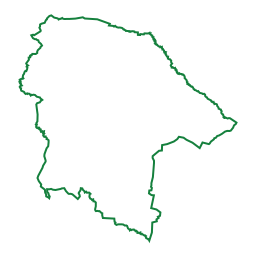 outline of Phanat Nikhom, Chon Buri, Thailand
{"feature_id": "78962969B17993818596580", "entity_name": "Phanat Nikhom", "entity_type": "district", "adm_level": 2, "iso_a3": "THA", "parent_name": "Thailand", "parent_adm1": "Chon Buri", "projection": "orthographic", "projection_center": [101.233, 13.452], "detail": "fine", "context": "isolated", "style": "outline", "palette": "green", "viewbox_px": 256, "rotation_deg": 0, "n_neighbors": 0, "source": "geoboundaries", "source_scale": "gbopen_adm2", "svg_char_len": 5664}
<svg xmlns="http://www.w3.org/2000/svg" viewBox="0 0 256 256"><path d="M149.3,240.6L151.9,232.5L152.3,222.5L156.8,221.3L156.5,219.4L158.6,217.9L157.9,216.8L160.0,215.8L160.4,212.4L156.5,209.5L151.2,208.1L153.9,195.3L151.5,195.1L149.0,193.4L149.3,190.5L151.4,190.3L151.9,187.9L151.0,186.8L151.4,185.4L151.4,183.2L152.9,177.1L154.0,163.0L154.0,160.7L152.6,157.9L152.7,156.1L159.0,150.8L161.9,150.5L162.1,145.1L167.2,144.1L173.9,141.5L177.3,139.1L178.9,136.8L183.6,137.7L186.5,139.8L192.5,142.7L199.7,148.1L202.5,142.5L208.9,144.1L209.7,143.5L210.9,141.6L213.9,139.3L214.3,138.2L215.8,137.8L217.2,136.0L219.0,135.5L222.0,133.8L225.0,131.6L227.2,130.9L229.5,131.0L230.8,130.6L233.1,127.7L234.0,125.4L235.9,123.9L236.5,122.6L229.9,118.2L228.9,118.1L227.6,118.5L225.5,117.5L224.9,118.0L224.3,118.0L223.8,117.5L224.2,117.3L224.3,116.8L223.5,116.2L223.1,114.5L222.6,114.5L221.4,113.1L221.3,112.2L221.7,111.2L220.9,110.2L220.9,109.6L218.6,108.7L218.5,107.5L217.2,106.0L217.1,105.0L216.7,104.2L214.9,103.7L214.4,104.0L213.7,102.2L213.3,102.6L212.3,101.8L211.7,101.8L211.5,101.0L211.1,100.9L211.0,100.4L207.6,98.7L207.0,97.4L206.5,97.3L205.3,96.3L205.1,94.6L204.6,94.5L204.1,93.8L202.8,94.0L202.0,93.4L199.7,92.9L198.2,91.1L197.5,91.4L195.9,90.3L194.6,90.0L194.4,89.3L193.5,88.9L193.1,87.7L192.4,86.7L191.5,86.8L191.3,86.3L190.4,86.1L190.0,85.2L189.5,85.3L188.9,85.0L189.0,84.6L188.7,84.0L187.9,84.2L187.3,84.0L187.5,82.3L186.9,82.2L186.7,80.3L184.6,78.0L184.8,77.1L184.2,75.5L183.5,75.2L183.4,74.7L182.9,74.4L182.1,74.6L181.7,74.0L180.1,73.9L179.2,73.1L178.6,73.2L178.6,73.9L177.7,73.6L176.9,72.5L177.1,71.9L176.5,71.5L176.7,70.3L175.6,70.0L175.8,69.1L175.4,68.9L175.1,68.0L174.5,68.4L172.7,67.2L172.4,67.4L172.5,67.7L171.8,67.6L171.9,67.0L171.3,66.6L170.7,65.3L172.1,63.5L171.5,62.9L171.1,62.0L171.2,60.6L170.0,59.3L169.5,59.4L167.9,58.6L168.1,56.7L167.1,56.7L166.3,55.4L166.3,55.0L165.7,54.6L165.3,53.6L165.7,53.6L165.9,53.1L165.6,52.6L165.0,52.5L165.5,52.0L164.1,51.6L164.0,50.5L163.1,49.5L162.4,49.5L162.4,49.1L162.9,49.2L162.9,48.9L162.0,48.3L161.9,46.9L161.2,47.2L160.7,46.8L160.3,47.1L160.1,46.5L159.3,46.7L157.8,45.7L157.2,44.7L156.7,44.8L156.2,44.2L155.6,44.3L155.1,43.6L155.7,43.5L155.8,43.0L155.3,42.4L155.0,41.4L155.6,41.0L155.4,40.6L154.6,40.7L154.9,39.7L154.4,39.1L153.9,39.9L153.5,39.6L153.2,38.2L153.4,37.1L152.4,37.0L152.3,35.5L152.1,35.4L152.0,35.8L151.4,35.5L150.9,34.5L150.1,34.2L149.8,33.7L150.1,33.3L149.7,33.3L149.6,32.8L148.2,33.5L144.4,33.4L143.9,34.4L140.3,34.1L140.1,35.0L137.9,34.9L137.9,32.4L134.6,32.2L134.4,31.5L132.8,31.2L130.6,31.4L130.5,31.8L129.9,31.8L129.3,31.7L129.3,31.1L125.8,30.9L125.6,30.3L124.2,29.8L124.1,29.4L123.3,29.3L122.6,28.3L121.9,27.9L119.8,27.5L118.3,27.6L116.6,27.1L115.3,26.0L115.1,26.3L114.2,26.1L113.9,26.5L113.0,25.9L109.0,25.5L109.8,23.8L97.3,19.3L84.8,18.5L82.8,17.3L75.4,18.6L70.1,18.9L64.1,19.0L62.6,18.5L62.2,18.0L60.7,18.9L60.2,18.7L58.6,19.5L58.1,18.7L57.3,18.3L54.2,17.6L51.3,15.4L49.4,16.0L46.9,18.5L46.9,19.4L45.9,20.1L44.7,22.8L41.5,23.7L40.1,24.5L40.0,26.6L39.4,27.7L40.7,30.4L40.5,31.3L34.2,35.2L33.1,34.7L31.3,35.3L33.0,38.2L34.9,39.2L36.2,39.2L36.9,39.9L38.3,40.3L38.8,42.0L41.0,43.9L42.0,45.6L40.5,47.0L40.4,47.8L37.8,50.2L37.2,51.6L37.2,53.0L35.7,54.0L32.3,53.9L31.7,55.2L30.6,55.2L30.0,55.8L30.0,56.4L30.4,56.8L30.2,57.3L28.7,57.6L28.9,59.7L26.2,63.4L26.8,64.6L27.9,65.4L27.1,65.8L26.6,66.7L27.4,67.3L27.1,69.2L26.3,71.1L25.4,70.9L24.5,72.1L24.0,73.9L23.1,75.1L22.7,77.3L23.4,78.4L22.8,78.8L21.3,78.9L20.0,79.5L19.6,79.9L20.6,81.1L19.5,81.9L20.9,83.1L20.9,83.4L20.3,83.7L21.8,85.5L20.2,86.1L19.7,86.9L20.3,88.0L21.1,88.3L20.9,89.6L21.3,90.7L23.9,91.8L24.5,92.5L24.6,93.1L25.7,94.0L27.1,93.4L27.5,93.9L27.9,93.6L29.5,93.8L30.7,95.5L31.3,94.8L31.8,95.1L33.5,94.7L35.0,95.0L36.8,96.7L40.0,97.5L40.7,98.9L41.4,99.1L42.3,99.9L40.7,101.0L39.9,102.3L37.1,103.2L36.3,104.5L37.6,114.5L37.4,121.4L36.3,123.2L36.8,124.2L35.9,124.7L36.7,126.1L36.1,126.9L36.7,127.8L37.7,128.2L38.6,128.3L38.8,127.6L39.1,127.6L39.6,128.4L39.4,129.2L40.7,129.5L40.4,130.5L40.7,131.0L41.5,131.2L41.3,131.9L42.1,131.9L42.5,131.3L43.0,131.6L44.0,131.3L43.8,132.8L43.4,133.2L44.2,133.6L43.7,134.3L43.3,134.3L43.7,135.6L43.4,135.8L44.3,136.9L45.6,136.5L45.7,137.0L46.8,138.1L46.6,139.1L47.5,139.3L48.6,140.3L48.6,142.2L48.2,146.2L46.6,148.3L44.5,154.1L44.3,156.2L45.6,160.4L45.6,161.6L43.1,165.7L42.5,167.8L38.3,175.7L37.5,178.0L38.8,181.1L41.2,184.4L40.8,186.5L44.9,189.7L45.2,192.7L46.1,194.2L46.2,196.4L48.5,197.5L49.2,198.2L49.7,196.4L48.8,195.0L48.4,193.2L47.2,191.9L47.1,189.2L49.3,189.3L51.1,188.9L52.9,189.7L55.5,190.0L60.8,188.9L61.8,188.4L64.3,188.2L65.9,191.0L68.2,193.5L68.9,193.9L70.7,193.8L72.4,194.3L77.8,199.0L79.8,196.5L79.6,195.0L78.7,193.3L78.8,192.7L80.5,190.3L80.8,188.2L82.3,188.4L82.9,189.8L84.5,191.3L84.8,192.5L86.2,191.7L86.9,192.7L89.2,192.6L90.4,193.8L89.7,194.2L89.4,196.8L90.2,198.5L91.7,199.3L92.0,199.9L93.2,199.4L93.4,201.3L94.6,201.4L95.8,202.5L95.8,206.3L95.1,209.3L95.4,210.5L95.9,211.1L97.7,210.9L98.6,211.2L99.5,211.1L101.3,212.8L102.3,213.3L102.2,215.2L102.9,218.0L114.3,218.6L114.6,221.8L115.5,222.5L115.0,223.7L116.4,224.9L118.3,224.3L121.2,224.3L123.2,224.5L124.9,225.6L126.1,225.4L127.1,225.9L128.0,228.4L129.5,229.5L129.8,230.3L130.4,229.7L130.5,230.0L131.3,230.1L131.4,229.8L133.9,229.5L134.6,230.4L135.6,230.5L135.7,231.0L136.0,230.8L136.7,231.1L137.4,231.8L137.3,232.4L137.9,232.6L137.8,232.9L139.0,232.8L139.2,233.0L140.1,232.6L140.0,233.2L140.4,233.8L140.7,233.5L141.8,233.7L142.0,234.3L142.4,234.2L144.0,235.3L145.0,235.3L145.5,235.7L145.2,235.8L145.3,236.3L145.7,236.4L146.2,238.2L148.5,239.1L148.4,239.5L148.9,239.8L149.3,240.6Z" fill="none" stroke="#15803d" stroke-width="2"/></svg>